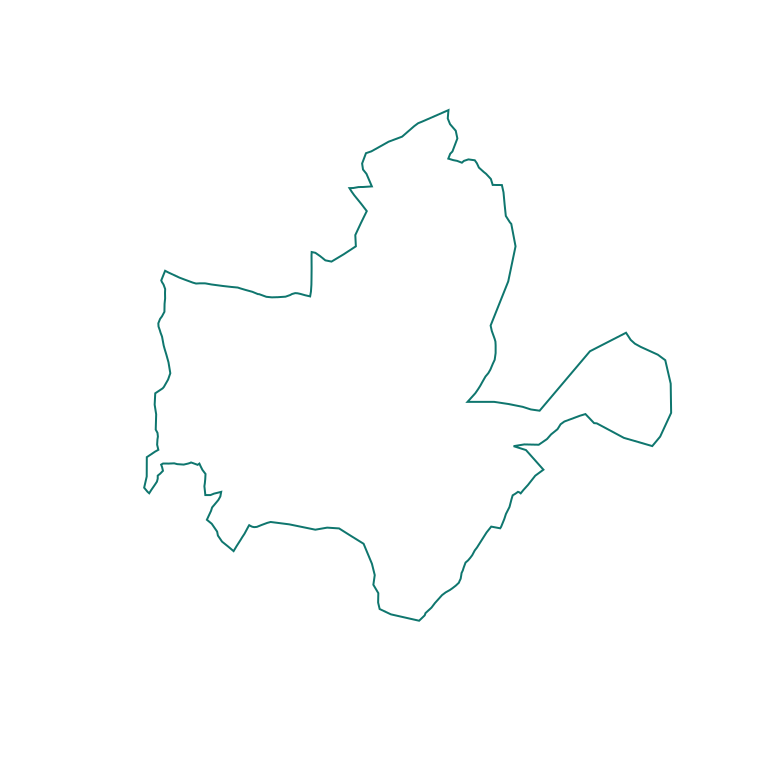 outline of Ahiazu-Mbaise, Imo, Nigeria, rotated 134°
{"feature_id": "59680162B56887411771488", "entity_name": "Ahiazu-Mbaise", "entity_type": "district", "adm_level": 2, "iso_a3": "NGA", "parent_name": "Nigeria", "parent_adm1": "Imo", "projection": "albers", "projection_center": [7.273, 5.552], "detail": "fine", "context": "isolated", "style": "outline", "palette": "teal", "viewbox_px": 768, "rotation_deg": 134, "n_neighbors": 0, "source": "geoboundaries", "source_scale": "gbopen_adm2", "svg_char_len": 3682}
<svg xmlns="http://www.w3.org/2000/svg" viewBox="0 0 768 768"><g transform="rotate(134 384 384)"><path d="M168.9,538.9L172.7,540.6L177.6,541.4L193.5,542.8L206.5,549.0L225.4,554.7L230.5,557.3L240.6,552.9L244.3,548.1L245.0,542.6L250.3,530.0L256.7,535.8L260.0,539.1L264.3,542.2L267.1,544.9L268.1,540.9L268.9,536.5L270.3,525.1L271.6,516.5L284.3,512.4L296.8,508.1L304.5,499.9L318.7,503.1L332.4,506.8L335.8,512.1L336.4,518.9L337.3,524.5L339.3,527.7L341.8,525.5L350.9,516.6L358.4,509.5L363.0,505.2L368.2,500.8L372.3,498.0L375.0,502.5L377.2,506.6L378.8,509.2L380.3,511.0L383.2,512.7L385.2,513.3L389.6,515.5L395.1,520.5L399.6,524.9L403.0,529.2L406.1,536.2L406.9,537.1L409.1,542.7L412.5,548.9L415.1,553.9L416.2,556.2L420.2,561.2L425.2,567.7L432.3,577.3L435.7,582.4L439.5,586.4L442.3,589.0L443.9,592.0L444.9,594.3L447.2,599.5L449.6,605.1L453.5,616.4L454.6,620.1L464.2,616.2L464.9,614.6L465.6,611.7L467.7,607.4L470.6,604.8L474.5,600.9L478.8,597.5L484.6,592.1L486.1,591.7L489.6,590.7L492.7,590.3L497.1,588.5L499.3,586.1L501.1,582.5L502.3,580.4L504.1,576.6L505.8,574.2L509.3,569.3L511.2,566.1L514.1,560.9L518.1,554.1L524.7,545.2L530.8,542.4L539.0,540.3L540.9,540.2L549.6,542.1L558.2,534.6L564.1,526.8L575.4,516.5L576.5,513.0L578.9,510.1L581.2,508.5L585.3,505.0L588.1,500.6L591.7,501.7L601.4,503.8L615.4,490.4L625.2,484.5L625.8,479.3L625.7,477.0L622.3,477.7L621.9,477.8L618.2,478.4L615.2,478.9L612.0,479.5L609.3,481.0L607.1,483.1L603.9,482.7L600.0,482.7L598.0,485.8L596.8,488.3L594.7,487.7L590.9,483.7L586.8,479.8L585.3,477.1L581.1,472.1L577.4,469.7L575.6,468.7L574.5,468.3L573.5,466.2L571.6,461.9L569.5,461.5L570.6,458.7L571.9,455.0L572.7,449.9L576.5,446.6L579.9,443.9L582.3,442.2L585.2,438.7L588.0,435.4L584.5,431.7L580.9,430.1L577.6,428.0L574.7,426.2L578.6,423.6L582.4,422.6L586.4,422.3L592.2,421.9L595.4,420.3L604.7,417.1L604.2,410.8L606.1,401.5L608.4,398.2L609.9,391.0L609.2,383.3L608.7,376.1L603.1,377.4L596.1,378.8L592.5,379.6L588.7,380.3L580.2,382.7L579.2,382.9L578.9,381.7L578.3,379.8L577.2,378.0L575.1,376.2L570.4,374.1L565.0,371.5L562.0,369.7L550.8,354.7L536.5,332.2L526.8,325.1L519.1,316.0L516.5,303.5L513.1,287.7L521.7,267.8L527.9,257.9L535.8,252.2L538.4,242.8L545.3,236.4L548.9,230.8L544.9,219.0L529.9,194.3L525.0,194.1L522.2,194.0L519.9,195.0L511.9,194.5L506.2,195.2L500.7,195.4L495.6,195.6L491.1,194.9L486.4,193.5L483.3,192.9L479.2,192.3L474.9,192.1L473.5,192.7L470.8,193.6L467.6,195.8L466.1,196.9L463.4,197.8L460.6,199.2L455.8,201.3L452.5,201.0L449.2,201.2L445.9,201.6L440.7,203.1L437.1,203.5L419.5,207.1L412.1,207.8L407.1,200.2L405.5,200.5L397.5,203.7L392.8,206.0L385.3,208.3L378.2,212.3L374.7,214.1L371.7,213.3L368.5,212.7L367.9,211.3L367.7,209.7L363.3,210.1L356.7,210.3L344.9,211.5L334.9,209.8L332.9,236.0L338.7,247.6L330.0,241.1L320.2,230.5L310.3,228.5L304.2,228.8L295.9,227.8L290.3,229.0L285.7,228.2L270.7,221.0L265.7,218.2L266.2,205.7L264.5,203.6L256.1,174.0L242.3,147.9L230.0,148.8L205.3,157.4L184.6,178.0L171.5,198.2L172.7,207.4L179.0,225.2L180.7,231.5L180.9,237.2L179.0,245.5L217.4,258.6L295.1,253.5L300.3,260.7L304.1,268.4L312.1,280.8L320.3,292.3L338.8,311.5L327.2,311.9L322.4,312.7L318.5,313.5L314.8,314.5L310.5,315.6L308.1,316.2L303.7,316.5L299.7,317.5L293.8,319.8L289.7,321.2L284.2,325.2L278.6,330.6L276.1,333.3L274.7,335.7L270.9,343.4L267.9,347.9L223.9,365.9L193.6,385.0L180.4,403.7L180.3,405.6L178.5,413.1L171.2,421.8L163.1,431.2L159.0,437.4L165.3,444.1L162.3,449.5L161.9,456.5L162.2,459.7L162.4,466.1L160.7,470.5L160.0,474.1L163.8,479.3L168.0,481.5L170.7,481.7L172.7,486.4L174.2,488.7L174.9,489.8L177.2,494.3L172.4,496.3L169.2,496.3L156.4,501.8L152.0,508.3L151.2,517.0L148.7,522.6L142.2,527.9L168.9,538.9Z" fill="none" stroke="#0f766e" stroke-width="2"/></g></svg>